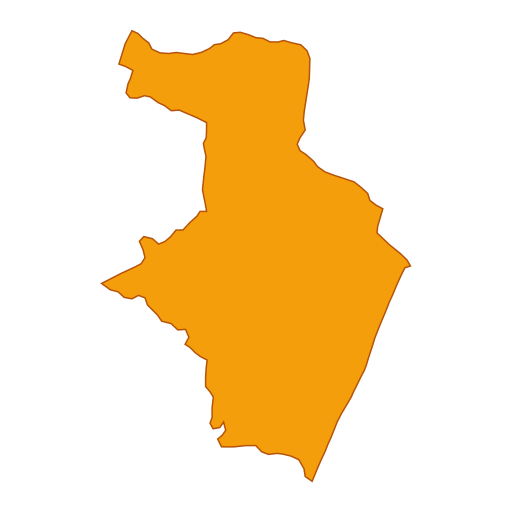 Recife, Pernambuco, Brazil (Mercator projection)
{"feature_id": "56859067B84901972140981", "entity_name": "Recife", "entity_type": "district", "adm_level": 2, "iso_a3": "BRA", "parent_name": "Brazil", "parent_adm1": "Pernambuco", "projection": "mercator", "projection_center": [-34.943, -8.042], "detail": "fine", "context": "isolated", "style": "filled", "palette": "amber", "viewbox_px": 512, "rotation_deg": 0, "n_neighbors": 0, "source": "geoboundaries", "source_scale": "gbopen_adm2", "svg_char_len": 2216}
<svg xmlns="http://www.w3.org/2000/svg" viewBox="0 0 512 512"><path d="M139.4,241.3L143.1,249.9L145.0,257.7L141.2,263.7L135.9,266.5L130.0,269.3L121.5,273.2L101.6,283.4L110.3,289.8L118.1,291.8L124.2,297.4L132.0,298.8L138.5,295.4L145.0,297.8L147.5,305.0L152.5,310.0L157.6,315.1L161.7,321.2L171.0,323.5L177.8,329.9L185.5,329.4L188.9,337.2L185.1,344.3L190.1,347.5L195.1,352.6L200.3,356.5L207.1,360.0L206.2,368.0L205.6,377.8L205.6,386.5L210.0,391.8L213.3,396.9L212.1,408.1L212.1,417.5L210.0,423.2L213.1,428.8L219.8,427.5L223.6,422.1L225.7,430.3L222.2,435.3L217.7,439.0L221.4,446.8L228.9,446.9L234.7,446.8L245.5,445.6L255.8,445.6L261.7,451.8L268.4,454.4L277.0,453.4L282.9,454.1L290.7,456.0L298.8,459.7L304.0,468.7L305.2,476.5L312.1,481.3L315.4,473.4L318.6,465.6L321.2,459.7L325.3,451.0L328.1,443.8L330.5,438.7L333.6,431.0L337.1,422.1L341.7,413.1L347.0,404.3L351.2,397.1L353.8,391.2L356.5,385.9L360.6,377.5L364.4,370.2L366.5,364.6L368.3,358.4L370.5,351.8L372.7,345.0L374.9,337.8L377.6,330.9L380.6,323.4L386.2,310.1L389.4,301.8L392.5,295.2L396.8,284.8L402.0,273.4L404.9,267.8L410.4,266.0L407.0,260.0L400.5,253.7L389.4,244.7L377.0,232.9L377.6,226.6L379.8,219.1L382.8,208.8L375.8,205.0L369.9,200.4L367.7,193.5L361.2,187.5L354.1,181.9L342.7,178.1L334.0,175.3L325.0,171.9L317.6,166.7L313.5,161.2L306.1,154.7L300.0,150.6L297.2,144.2L300.0,137.8L305.2,130.0L303.4,120.3L304.2,111.7L308.0,87.3L309.3,78.4L309.9,58.5L307.0,50.7L300.8,44.8L291.0,42.6L283.8,40.5L277.9,42.0L270.0,41.9L262.8,38.3L256.0,37.7L248.5,34.7L240.3,32.3L233.5,32.9L228.2,39.7L220.8,43.7L214.3,44.7L209.6,48.5L201.6,52.3L192.6,54.5L184.3,53.5L176.2,52.5L168.8,53.5L160.0,52.9L151.9,49.2L148.7,42.9L142.6,38.1L137.9,33.5L132.0,30.7L125.2,43.7L118.9,64.1L125.2,66.3L132.9,70.4L130.4,78.6L128.0,83.8L126.1,92.9L130.0,97.8L137.3,98.1L144.4,95.7L150.3,96.9L158.0,102.5L164.7,105.7L171.3,110.7L179.3,110.1L186.1,113.1L196.7,117.6L206.6,122.6L206.5,132.0L206.2,137.8L203.4,143.4L204.4,149.0L206.0,156.3L205.0,167.2L203.7,177.8L202.5,189.7L203.7,196.0L205.4,204.4L206.6,211.4L200.1,211.4L196.9,216.2L189.8,222.6L183.0,230.0L176.0,230.1L170.7,236.6L165.0,241.5L158.6,244.1L152.5,238.7L143.8,236.6L139.4,241.3Z" fill="#f59e0b" stroke="#b45309" stroke-width="1.5"/></svg>